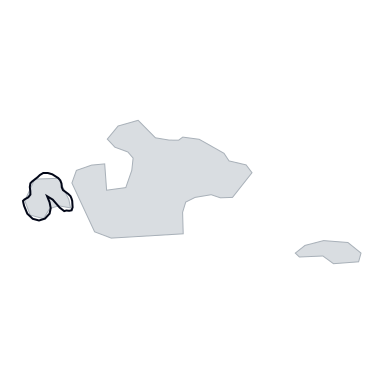 Eckerö highlighted on a map of Aland
{"feature_id": "ALD-4812", "entity_name": "Eckerö", "entity_type": "state/province", "adm_level": 1, "iso_a3": "ALA", "parent_name": "Aland", "parent_adm1": "", "projection": "equal_earth", "projection_center": [19.596, 60.195], "detail": "fine", "context": "in_parent", "style": "outline", "palette": "ink", "viewbox_px": 384, "rotation_deg": 0, "n_neighbors": 0, "source": "natural_earth", "source_scale": "10m", "svg_char_len": 1241}
<svg xmlns="http://www.w3.org/2000/svg" viewBox="0 0 384 384"><path d="M169.2,140.1L178.6,140.2L182.8,137.1L199.2,139.3L224.0,153.3L229.0,160.9L246.1,164.9L252.0,172.7L232.5,197.4L220.3,197.8L211.2,194.7L195.1,197.4L185.7,202.1L182.6,212.3L183.2,233.8L111.2,238.1L94.6,231.8L71.9,183.0L76.4,170.4L91.6,165.1L104.7,163.9L106.6,190.2L125.8,187.6L131.8,170.3L133.1,158.1L127.9,152.0L114.9,147.2L107.3,139.1L118.1,126.0L138.1,120.3L155.4,137.8L169.2,140.1ZM68.9,199.7L70.5,207.9L58.7,205.8L49.7,208.6L43.5,218.7L30.2,215.1L24.8,200.7L34.8,179.1L58.6,178.3L68.9,199.7ZM361.0,253.1L358.6,261.8L333.5,263.7L322.9,256.0L299.4,257.0L295.3,253.1L305.0,245.4L323.6,240.6L347.9,242.5L361.0,253.1Z" fill="#d9dde1" stroke="#a8b0b8" stroke-width="1"/><path d="M61.8,187.4L63.0,190.1L68.3,194.0L70.5,196.2L71.5,198.5L72.2,200.8L72.6,207.3L71.6,210.3L69.2,210.8L66.4,210.5L64.2,211.1L59.7,207.6L52.7,199.6L47.1,196.2L49.6,202.4L50.7,208.1L49.6,213.6L45.0,218.6L39.0,220.5L32.7,218.8L27.3,213.7L24.1,205.9L23.3,202.6L23.0,200.9L24.4,199.5L28.3,197.3L30.4,194.6L30.3,191.0L29.8,187.0L30.4,183.3L32.0,181.6L37.6,177.2L39.9,175.0L43.2,173.0L47.8,173.0L52.3,174.3L58.3,178.1L60.3,180.4L61.5,183.5L61.8,187.4Z" fill="none" stroke="#020617" stroke-width="2"/></svg>